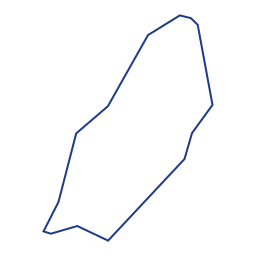 map outline of Isle of Man (Mercator projection)
{"feature_id": "IMN", "entity_name": "Isle of Man", "entity_type": "country or territory", "adm_level": 0, "iso_a3": "IMN", "parent_name": "Europe", "parent_adm1": "", "projection": "mercator", "projection_center": [-4.545, 54.233], "detail": "fine", "context": "isolated", "style": "outline", "palette": "blue", "viewbox_px": 256, "rotation_deg": 0, "n_neighbors": 0, "source": "natural_earth", "source_scale": "50m", "svg_char_len": 298}
<svg xmlns="http://www.w3.org/2000/svg" viewBox="0 0 256 256"><path d="M184.5,159.0L108.1,240.6L77.2,226.0L50.9,233.7L43.5,231.4L58.5,201.9L76.2,133.4L107.9,106.2L148.0,35.1L179.8,15.4L190.8,18.1L197.7,24.8L212.5,104.9L192.0,133.1L184.5,159.0Z" fill="none" stroke="#1e3a8a" stroke-width="2"/></svg>